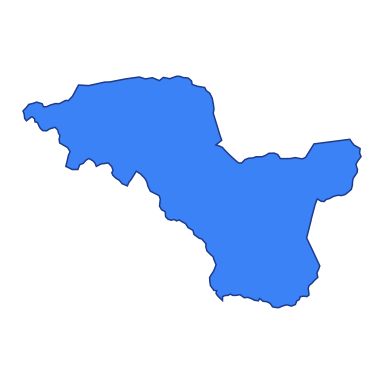 the district of Riachinho, Tocantins, Brazil
{"feature_id": "56859067B22428854135071", "entity_name": "Riachinho", "entity_type": "district", "adm_level": 2, "iso_a3": "BRA", "parent_name": "Brazil", "parent_adm1": "Tocantins", "projection": "mercator", "projection_center": [-48.146, -6.475], "detail": "fine", "context": "isolated", "style": "filled", "palette": "blue", "viewbox_px": 384, "rotation_deg": 0, "n_neighbors": 0, "source": "geoboundaries", "source_scale": "gbopen_adm2", "svg_char_len": 2818}
<svg xmlns="http://www.w3.org/2000/svg" viewBox="0 0 384 384"><path d="M28.8,104.4L26.4,107.5L23.0,111.0L24.1,113.8L24.7,118.5L26.4,120.8L28.7,119.0L31.9,116.7L34.5,118.7L35.0,121.9L37.5,122.4L39.0,126.0L40.3,128.3L42.7,130.6L46.7,130.8L49.6,128.9L55.1,127.3L57.9,130.2L58.5,133.2L59.9,135.5L59.1,139.4L59.7,143.0L67.5,147.5L70.1,151.6L68.4,155.4L67.1,161.2L65.8,166.4L68.8,167.8L72.1,169.5L77.9,169.5L79.7,164.7L83.2,163.4L86.0,160.2L88.9,158.5L92.9,160.8L94.9,162.9L96.3,166.4L101.1,163.9L104.7,163.5L108.2,162.9L111.7,166.6L113.1,170.4L111.8,172.8L112.9,175.3L115.7,178.0L119.3,180.3L122.2,183.7L127.3,185.9L128.7,182.7L131.4,179.1L136.3,171.2L140.5,173.9L144.9,178.4L146.8,181.8L148.0,186.4L150.4,191.2L159.1,195.6L160.3,199.2L159.5,206.1L161.5,209.6L165.2,211.7L165.6,216.7L168.1,219.3L171.1,220.2L174.2,219.5L176.6,220.9L179.1,219.9L182.3,221.9L185.5,223.6L188.1,227.6L193.0,230.4L194.0,234.5L199.3,238.3L201.8,239.0L205.9,243.6L205.9,247.2L207.0,251.0L210.5,254.5L213.1,256.7L214.0,259.7L216.1,264.7L215.0,267.7L213.6,271.2L211.4,274.5L209.6,277.4L209.8,281.1L210.4,285.5L213.9,290.4L216.7,290.7L216.0,293.3L217.5,295.6L219.6,297.8L222.5,300.5L222.6,296.6L225.1,295.5L227.9,295.4L230.3,294.1L232.8,295.4L235.9,295.4L240.0,294.7L244.2,297.7L248.1,297.4L251.7,298.8L254.6,300.3L258.4,300.8L259.7,298.5L263.0,301.3L266.3,301.6L268.9,302.6L271.0,304.4L272.5,306.8L275.3,307.4L278.6,307.7L283.1,305.8L287.0,304.8L291.4,306.1L295.4,304.5L296.8,300.9L299.2,299.6L300.3,296.6L304.0,296.2L307.0,296.6L309.0,295.0L308.6,291.1L308.2,288.4L309.0,285.5L312.0,283.2L314.5,280.3L317.8,277.4L316.9,272.9L318.7,269.0L319.8,266.0L312.0,249.2L306.6,238.0L310.8,221.4L311.4,218.5L315.0,204.9L316.2,201.6L317.3,198.9L321.2,201.3L324.1,201.5L326.5,199.3L329.4,198.6L332.7,196.8L335.8,195.7L338.7,195.2L341.3,195.6L345.2,194.5L348.2,192.1L351.3,189.4L352.4,185.2L352.5,182.2L353.1,178.4L355.3,175.3L357.2,172.3L357.5,169.4L356.5,166.7L356.0,164.0L358.1,160.5L361.0,156.7L359.6,153.0L360.1,148.5L356.6,146.5L354.2,145.2L351.7,142.2L349.8,139.3L314.0,143.9L305.5,157.5L302.2,158.9L295.1,157.6L290.8,158.5L286.3,158.6L280.4,158.6L277.8,154.6L274.2,153.1L268.9,153.3L265.5,155.4L262.3,156.7L259.0,156.8L256.1,156.7L253.2,157.9L248.5,158.2L244.9,159.7L241.7,162.9L238.6,163.0L235.6,160.5L230.3,155.7L224.9,150.3L222.5,147.5L219.6,146.1L215.9,144.9L221.7,140.3L219.9,135.1L213.2,113.1L214.0,109.2L213.3,103.9L212.2,98.2L209.7,93.1L206.3,90.7L204.7,87.5L197.5,86.3L192.2,84.5L191.5,80.9L188.1,78.0L183.3,77.6L179.6,76.3L176.4,76.3L169.8,78.7L163.3,77.4L159.4,80.6L152.4,77.7L145.4,78.9L139.3,77.0L125.6,78.9L109.5,82.0L104.6,82.1L88.7,85.6L78.5,85.0L72.6,96.1L68.4,100.6L65.6,100.4L59.3,103.7L55.3,103.6L50.4,105.0L46.6,106.7L43.5,106.8L42.1,103.7L36.5,102.1L33.8,103.2L28.8,104.4Z" fill="#3b82f6" stroke="#1e3a8a" stroke-width="1.5"/></svg>